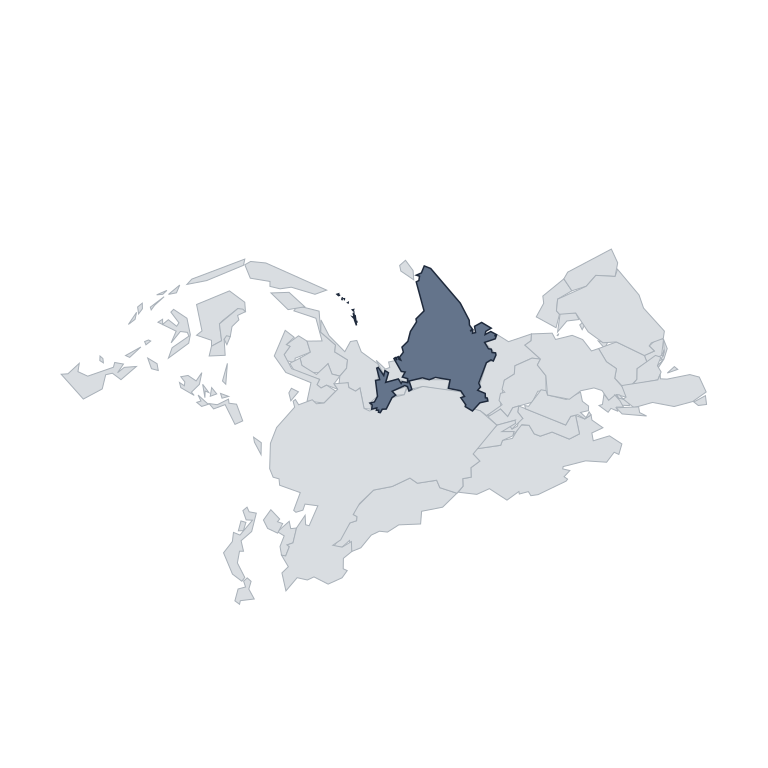 where India sits in Asia, rotated 159°
{"feature_id": "IND", "entity_name": "India", "entity_type": "country or territory", "adm_level": 0, "iso_a3": "IND", "parent_name": "Asia", "parent_adm1": "", "projection": "albers", "projection_center": [83.514, 21.122], "detail": "medium", "context": "in_parent", "style": "filled", "palette": "slate", "viewbox_px": 768, "rotation_deg": 159, "n_neighbors": 45, "source": "natural_earth", "source_scale": "50m", "svg_char_len": 14366}
<svg xmlns="http://www.w3.org/2000/svg" viewBox="0 0 768 768"><g transform="rotate(159 384 384)"><path d="M353.5,256.4L346.9,260.2L344.4,267.4L336.0,265.8L332.9,274.7L322.2,277.7L325.9,286.7L323.2,290.9L297.0,285.0L293.6,288.9L283.6,287.2L271.5,296.8L263.3,293.4L261.6,283.6L256.8,279.3L244.3,278.9L230.8,266.2L219.4,267.4L216.4,286.1L209.1,279.4L201.8,280.9L202.8,275.8L195.3,264.7L207.5,263.8L209.0,256.0L192.1,254.8L183.4,242.8L190.0,234.1L193.6,237.8L204.2,231.2L223.3,240.0L246.3,242.7L247.6,240.7L241.5,236.6L249.1,232.9L246.7,229.4L248.7,228.1L279.8,225.5L286.9,227.1L287.8,231.8L297.1,232.8L296.6,235.3L310.8,231.5L323.1,248.5L336.9,247.7L353.5,256.4Z" fill="#d9dde1" stroke="#a8b0b8" stroke-width="1"/><path d="M216.4,286.1L219.4,267.4L230.8,266.2L244.3,278.9L256.8,279.3L261.6,283.6L263.3,293.4L269.8,296.7L282.4,289.4L279.7,293.0L291.1,297.3L285.2,300.7L280.0,299.9L280.6,296.1L274.6,296.8L270.5,302.7L266.8,302.1L269.2,310.0L266.1,315.2L229.1,280.6L221.3,286.9L216.4,286.1Z" fill="#d9dde1" stroke="#a8b0b8" stroke-width="1"/><path d="M670.1,477.7L681.9,508.8L675.4,506.8L661.1,512.5L665.3,505.2L657.8,497.5L630.6,496.6L627.7,500.6L620.1,496.0L628.7,490.0L620.5,492.6L608.9,489.1L628.0,482.3L633.7,491.4L640.5,492.4L648.8,480.4L670.1,477.7ZM588.0,537.4L586.4,544.2L580.7,546.1L582.6,540.8L588.0,537.4ZM639.1,511.9L637.3,508.5L638.4,504.3L640.9,507.7L639.1,511.9ZM531.5,481.1L529.4,486.6L541.5,496.7L534.9,498.8L530.5,525.4L494.9,526.3L484.7,510.2L487.4,501.2L493.4,506.8L511.7,501.1L516.1,499.1L520.1,482.6L531.5,481.1ZM597.7,505.7L611.9,500.0L615.1,503.2L597.7,505.7ZM592.3,509.4L588.1,509.5L586.4,507.7L592.2,505.9L592.3,509.4ZM589.9,477.5L595.6,481.6L595.3,492.9L588.6,484.3L589.9,477.5ZM551.7,492.1L576.0,485.4L568.8,493.8L549.0,498.6L549.1,502.7L555.3,506.0L568.0,498.7L559.1,507.8L572.9,522.7L567.5,523.8L569.3,519.0L562.3,521.3L556.9,512.2L553.5,514.6L557.2,527.5L553.7,529.1L544.4,516.0L547.1,499.5L551.7,492.1ZM564.3,548.7L553.1,549.2L558.4,547.0L564.3,548.7ZM558.0,544.3L569.9,539.7L574.8,536.6L574.6,539.5L558.0,544.3ZM545.1,543.5L553.1,544.9L539.2,549.6L545.1,543.5ZM472.6,545.2L512.5,544.1L532.3,547.6L525.9,550.8L469.2,550.5L472.6,545.2ZM453.7,520.6L470.9,530.7L471.2,545.2L464.6,546.2L450.9,539.3L403.9,492.2L416.3,492.5L435.9,507.6L446.9,510.1L455.5,516.0L453.7,520.6Z" fill="#d9dde1" stroke="#a8b0b8" stroke-width="1"/><path d="M589.3,539.6L593.2,533.6L601.3,531.2L589.3,539.6Z" fill="#d9dde1" stroke="#a8b0b8" stroke-width="1"/><path d="M117.2,306.9L111.1,313.2L107.0,325.6L106.9,315.6L113.7,307.0L117.2,306.9Z" fill="#d9dde1" stroke="#a8b0b8" stroke-width="1"/><path d="M122.2,303.1L113.8,306.9L122.1,300.9L122.2,303.1Z" fill="#d9dde1" stroke="#a8b0b8" stroke-width="1"/><path d="M114.6,311.2L110.1,315.8L113.2,310.0L114.6,311.2Z" fill="#d9dde1" stroke="#a8b0b8" stroke-width="1"/><path d="M114.6,311.2L130.7,310.3L130.7,317.3L119.8,317.9L122.8,324.5L111.8,328.9L107.0,325.6L114.6,311.2Z" fill="#d9dde1" stroke="#a8b0b8" stroke-width="1"/><path d="M178.9,374.3L190.7,377.3L203.3,370.4L194.0,387.2L179.6,381.6L178.9,374.3Z" fill="#d9dde1" stroke="#a8b0b8" stroke-width="1"/><path d="M175.7,370.7L176.2,366.7L179.5,363.7L180.1,369.0L175.7,370.7Z" fill="#d9dde1" stroke="#a8b0b8" stroke-width="1"/><path d="M165.2,338.1L168.6,347.5L160.6,342.5L165.2,338.1Z" fill="#d9dde1" stroke="#a8b0b8" stroke-width="1"/><path d="M130.7,317.3L130.7,310.3L142.2,307.6L146.2,297.7L154.2,294.1L162.7,297.4L166.6,306.7L161.5,315.0L168.4,325.1L171.0,340.2L152.0,340.0L130.7,317.3Z" fill="#d9dde1" stroke="#a8b0b8" stroke-width="1"/><path d="M195.2,386.2L203.2,374.9L217.8,392.1L206.0,402.1L204.2,409.2L178.4,417.7L175.2,403.7L191.5,401.0L196.8,390.5L195.2,386.2ZM204.9,367.3L202.7,368.4L204.4,366.8L204.9,367.3Z" fill="#d9dde1" stroke="#a8b0b8" stroke-width="1"/><path d="M440.5,451.6L441.3,440.1L457.7,439.9L459.6,435.7L466.4,440.6L466.7,447.3L458.3,452.8L461.1,455.8L446.5,459.6L440.5,451.6Z" fill="#d9dde1" stroke="#a8b0b8" stroke-width="1"/><path d="M453.1,438.3L441.3,440.1L440.5,451.6L426.4,446.4L424.0,469.8L441.9,484.6L436.7,488.0L418.5,475.3L424.5,455.0L415.3,437.8L418.5,431.6L409.4,419.6L413.3,412.1L422.4,407.2L429.0,411.9L429.0,423.0L439.6,417.2L448.1,421.1L454.0,430.8L453.1,438.3Z" fill="#d9dde1" stroke="#a8b0b8" stroke-width="1"/><path d="M464.6,437.1L453.1,438.3L454.0,430.8L443.6,417.1L429.0,423.0L429.0,411.9L422.4,407.2L430.6,402.1L429.1,395.7L438.0,403.5L444.2,402.8L446.8,407.4L442.5,411.4L462.8,427.7L464.6,437.1Z" fill="#d9dde1" stroke="#a8b0b8" stroke-width="1"/><path d="M422.4,407.2L413.3,412.1L409.4,419.6L418.5,431.6L415.3,437.8L424.5,455.0L419.9,466.4L418.0,448.8L409.0,428.2L400.1,435.7L393.8,434.4L393.7,422.1L382.2,404.4L394.5,374.9L404.1,371.3L404.4,364.7L411.4,368.3L407.9,388.9L413.1,387.5L418.1,393.3L417.1,398.1L426.8,398.6L422.4,407.2Z" fill="#d9dde1" stroke="#a8b0b8" stroke-width="1"/><path d="M451.1,459.8L461.1,455.8L458.3,452.8L466.7,447.3L464.7,431.4L442.5,411.4L446.8,407.4L444.2,402.8L438.0,403.5L431.6,394.6L446.8,387.7L461.9,395.7L451.7,411.4L471.5,429.9L476.4,449.5L457.0,469.5L451.1,459.8Z" fill="#d9dde1" stroke="#a8b0b8" stroke-width="1"/><path d="M541.0,260.9L539.3,269.6L531.6,278.0L536.5,284.3L521.7,289.8L522.9,282.4L517.3,280.9L520.0,276.7L525.9,268.3L532.1,268.5L530.7,266.0L537.4,258.7L541.0,260.9Z" fill="#d9dde1" stroke="#a8b0b8" stroke-width="1"/><path d="M528.6,290.0L536.8,282.9L544.4,290.9L545.3,300.2L534.7,307.2L529.8,295.3L532.8,293.6L528.6,290.0Z" fill="#d9dde1" stroke="#a8b0b8" stroke-width="1"/><path d="M355.1,255.9L373.4,248.0L394.5,251.7L400.0,240.2L420.7,247.2L433.8,244.5L441.0,248.2L450.1,247.5L464.3,239.4L474.1,239.2L472.3,250.3L481.6,246.7L489.7,250.0L465.6,266.5L458.6,266.2L456.9,269.9L459.6,273.1L454.3,278.6L431.7,288.7L413.1,285.4L393.5,286.9L388.4,279.4L369.3,275.3L369.0,267.2L355.1,255.9Z" fill="#d9dde1" stroke="#a8b0b8" stroke-width="1"/><path d="M380.7,392.4L382.8,408.9L377.3,397.4L372.7,397.4L371.8,402.9L365.4,401.9L360.2,388.3L364.3,384.0L360.6,381.2L362.3,377.3L369.2,383.7L381.5,384.7L375.8,393.3L378.7,396.1L380.7,392.4Z" fill="#d9dde1" stroke="#a8b0b8" stroke-width="1"/><path d="M377.3,369.3L379.2,374.4L363.5,373.6L369.0,366.7L377.3,369.3Z" fill="#d9dde1" stroke="#a8b0b8" stroke-width="1"/><path d="M359.9,369.4L359.8,377.6L355.7,377.8L320.9,364.4L327.9,355.4L348.6,367.8L359.9,369.4Z" fill="#d9dde1" stroke="#a8b0b8" stroke-width="1"/><path d="M311.3,327.1L306.6,331.5L292.1,332.6L298.5,344.3L280.3,367.4L274.7,366.6L268.9,372.0L275.2,387.0L260.6,389.5L252.6,378.9L228.4,377.9L231.1,371.7L238.5,369.8L229.0,351.2L236.6,355.1L255.2,354.1L258.8,346.6L270.3,344.4L284.1,320.1L299.4,317.7L303.8,324.6L311.3,327.1Z" fill="#d9dde1" stroke="#a8b0b8" stroke-width="1"/><path d="M252.1,313.9L272.3,315.7L280.2,309.2L284.2,318.9L290.9,315.3L299.4,317.7L281.2,322.3L282.5,327.4L278.6,333.5L274.2,333.0L275.7,336.7L270.3,344.4L258.8,346.6L255.2,354.1L236.6,355.1L229.0,351.2L234.0,346.8L229.9,333.7L235.1,319.7L243.0,322.1L252.1,313.9Z" fill="#d9dde1" stroke="#a8b0b8" stroke-width="1"/><path d="M266.1,315.2L269.2,310.0L266.8,302.1L280.6,296.1L281.8,299.9L274.6,303.2L293.4,305.1L298.7,316.1L284.2,318.9L280.2,309.2L272.3,315.7L266.1,315.2Z" fill="#d9dde1" stroke="#a8b0b8" stroke-width="1"/><path d="M282.4,289.4L293.6,288.9L297.0,285.0L323.2,290.9L293.4,305.1L274.6,303.2L275.3,300.1L291.1,297.3L279.7,293.0L282.4,289.4Z" fill="#d9dde1" stroke="#a8b0b8" stroke-width="1"/><path d="M201.8,280.9L209.1,279.4L214.1,286.0L221.3,286.9L229.1,280.6L260.8,310.1L260.3,313.4L257.0,311.4L239.4,322.3L235.1,319.7L235.3,315.1L219.5,304.3L203.5,306.0L205.0,296.7L200.9,290.1L202.7,285.9L210.7,287.0L207.4,280.2L202.5,284.5L201.8,280.9Z" fill="#d9dde1" stroke="#a8b0b8" stroke-width="1"/><path d="M171.0,340.2L168.4,325.1L161.5,315.0L166.6,306.7L161.3,292.6L162.7,285.0L170.7,290.7L180.1,288.2L182.8,299.8L189.4,305.1L202.8,307.2L216.4,303.3L235.3,315.1L229.9,333.7L234.0,346.8L229.0,351.2L238.5,369.8L231.1,371.7L228.4,377.9L208.8,371.2L207.9,364.1L190.9,362.0L182.6,354.3L178.5,340.5L171.0,340.2Z" fill="#d9dde1" stroke="#a8b0b8" stroke-width="1"/><path d="M115.9,309.8L122.2,303.1L121.0,295.9L126.9,289.7L152.1,294.4L146.2,297.7L142.2,307.6L120.3,313.4L115.9,309.8Z" fill="#d9dde1" stroke="#a8b0b8" stroke-width="1"/><path d="M172.4,290.9L161.8,280.2L162.6,275.9L170.7,279.4L172.4,290.9Z" fill="#d9dde1" stroke="#a8b0b8" stroke-width="1"/><path d="M162.7,297.4L126.9,289.7L122.7,294.1L124.1,289.8L118.0,287.1L95.1,283.2L87.2,277.5L86.1,261.1L102.1,257.0L121.2,259.0L140.0,270.6L159.1,272.3L166.1,284.2L162.7,285.0L162.7,297.4ZM90.2,249.3L98.3,251.3L101.2,256.2L88.1,257.9L90.2,249.3Z" fill="#d9dde1" stroke="#a8b0b8" stroke-width="1"/><path d="M327.8,483.4L326.9,489.1L319.6,491.8L316.2,479.5L318.9,470.6L327.8,483.4Z" fill="#d9dde1" stroke="#a8b0b8" stroke-width="1"/><path d="M472.0,413.2L466.7,407.4L477.0,401.7L476.0,409.8L472.0,413.2ZM293.4,305.1L325.9,286.7L322.2,277.7L332.9,274.7L336.0,265.8L344.4,267.4L346.9,260.2L355.1,255.9L369.0,267.2L369.3,275.3L388.4,279.4L393.5,286.9L413.1,285.4L431.7,288.7L449.6,281.2L459.6,273.1L456.9,269.9L458.6,266.2L465.6,266.5L480.3,254.0L489.6,251.8L481.6,246.7L470.9,248.6L474.1,239.2L484.4,235.8L488.3,226.1L485.2,223.0L492.6,218.1L507.9,217.2L518.5,229.0L525.8,228.5L534.5,234.3L549.7,226.0L547.0,244.2L538.8,247.7L541.0,260.9L537.4,258.7L530.7,266.0L532.1,268.5L525.9,268.3L517.3,280.9L504.7,289.7L507.6,280.7L504.7,278.5L489.4,294.0L500.8,300.2L504.9,295.3L512.2,295.8L513.6,298.4L501.1,312.6L517.7,326.9L516.0,333.1L520.9,336.7L521.1,345.9L511.3,369.3L499.8,381.9L475.7,394.4L475.0,400.5L472.3,401.3L471.1,395.2L456.6,395.0L454.2,389.8L446.8,387.7L429.1,395.7L430.6,402.1L417.1,398.1L418.1,393.3L413.1,387.5L407.9,388.9L411.4,368.3L407.2,364.0L399.1,364.3L398.1,358.5L381.2,368.4L369.0,366.7L363.3,372.5L362.8,368.1L348.6,367.8L314.8,349.1L316.0,333.7L303.8,324.6L293.4,305.1Z" fill="#d9dde1" stroke="#a8b0b8" stroke-width="1"/><path d="M524.1,362.1L525.8,376.1L524.8,381.1L519.6,373.2L524.1,362.1Z" fill="#d9dde1" stroke="#a8b0b8" stroke-width="1"/><path d="M175.6,274.9L180.9,279.9L184.9,277.3L191.0,286.9L187.4,286.6L182.3,295.6L180.1,288.2L172.4,290.9L169.8,284.1L168.7,276.6L175.1,279.1L175.6,274.9ZM170.7,290.7L167.9,289.3L166.1,284.2L169.9,286.5L170.7,290.7Z" fill="#d9dde1" stroke="#a8b0b8" stroke-width="1"/><path d="M150.3,260.0L172.4,270.7L175.8,278.6L154.5,271.4L155.6,265.7L150.3,260.0Z" fill="#d9dde1" stroke="#a8b0b8" stroke-width="1"/><path d="M540.0,433.8L533.5,428.1L540.3,428.8L540.0,433.8ZM553.4,448.7L550.6,438.8L553.5,441.5L556.1,435.4L553.4,448.7ZM565.3,441.4L575.0,453.4L574.4,458.7L571.0,453.9L569.2,457.3L571.1,463.6L563.9,462.2L558.3,454.2L550.0,459.9L556.5,449.8L566.7,445.4L565.3,441.4ZM533.7,444.7L522.8,459.4L531.8,440.5L533.7,444.7ZM537.6,399.7L539.7,421.7L552.0,421.8L554.3,428.4L547.0,424.4L534.6,425.6L535.6,421.6L528.9,418.0L529.1,400.2L537.6,399.7ZM546.2,442.4L543.7,434.7L550.6,434.8L546.2,442.4ZM562.3,428.4L565.4,434.0L561.0,433.7L561.5,440.3L555.3,428.0L562.3,428.4Z" fill="#d9dde1" stroke="#a8b0b8" stroke-width="1"/><path d="M430.3,484.5L446.9,487.8L456.9,509.5L439.8,503.6L430.3,484.5ZM531.5,481.1L520.1,482.6L516.1,499.1L493.4,506.8L489.0,504.5L487.4,501.2L496.1,500.5L496.5,495.9L505.3,492.1L510.6,483.3L517.2,483.1L522.0,467.7L537.2,472.8L531.5,481.1Z" fill="#d9dde1" stroke="#a8b0b8" stroke-width="1"/><path d="M516.6,477.0L517.2,483.1L513.7,485.5L510.6,483.3L516.6,477.0Z" fill="#d9dde1" stroke="#a8b0b8" stroke-width="1"/><path d="M593.6,260.8L594.3,283.9L582.0,291.3L577.7,299.4L572.6,294.6L555.6,304.0L561.4,306.5L561.1,316.4L556.0,318.1L555.7,313.0L549.5,309.2L560.4,293.7L573.6,288.9L575.1,278.2L578.8,279.7L585.0,269.5L583.3,253.3L587.4,250.8L593.6,260.8ZM595.8,233.2L597.8,230.1L600.9,235.0L593.7,244.9L586.0,244.1L585.7,250.3L581.2,252.0L578.8,247.4L583.7,241.0L582.2,229.8L595.8,233.2ZM562.5,304.3L567.8,297.5L572.6,299.1L566.6,307.4L562.5,304.3Z" fill="#d9dde1" stroke="#a8b0b8" stroke-width="1"/><path d="M175.2,403.7L178.4,417.7L172.4,422.6L123.4,428.5L122.4,413.4L129.7,401.6L147.3,409.5L160.1,402.8L175.2,403.7Z" fill="#d9dde1" stroke="#a8b0b8" stroke-width="1"/><path d="M106.9,326.5L119.7,326.6L122.8,324.5L119.8,317.9L130.7,317.3L152.0,340.0L164.7,344.0L174.7,359.5L179.6,381.6L195.2,386.2L196.8,390.5L191.5,401.0L160.1,402.8L147.3,409.5L129.7,401.6L124.9,407.5L114.0,375.7L114.5,361.9L103.3,332.9L106.9,326.5Z" fill="#d9dde1" stroke="#a8b0b8" stroke-width="1"/><path d="M115.6,292.7L106.7,296.2L104.5,292.4L115.6,292.7Z" fill="#d9dde1" stroke="#a8b0b8" stroke-width="1"/><path d="M260.8,390.1L263.9,386.3L275.2,386.8L273.8,379.5L271.3,378.0L271.8,374.6L268.7,373.1L269.1,370.9L273.7,366.3L275.5,368.2L280.8,367.2L295.2,350.9L295.0,346.6L298.8,344.6L292.9,338.9L294.3,334.8L292.7,334.0L293.1,330.9L301.2,332.1L311.1,327.1L316.3,333.8L315.1,335.3L317.2,343.7L313.3,343.5L314.8,350.2L325.4,356.8L320.8,364.2L333.6,371.7L340.2,371.8L345.9,376.0L359.5,377.8L359.9,369.0L363.2,368.5L363.0,373.2L365.1,375.1L379.0,374.3L377.0,369.4L381.4,368.4L390.9,359.8L394.7,361.1L397.7,358.6L399.3,359.6L398.4,361.5L400.6,362.2L399.3,364.3L404.4,364.9L402.6,368.6L403.9,371.2L399.4,370.7L394.5,374.8L390.6,390.4L386.5,389.6L385.1,401.4L383.4,401.5L381.2,392.0L378.3,396.2L375.8,392.9L381.9,384.9L368.8,383.6L367.8,378.4L366.3,379.7L361.3,376.7L360.0,380.5L364.4,383.9L359.9,387.6L363.4,389.5L365.6,404.2L364.0,404.6L363.4,401.6L363.2,404.2L360.9,404.4L361.2,401.6L359.8,400.3L360.0,403.4L354.5,406.8L354.0,412.0L346.4,415.3L340.5,423.6L331.4,430.3L330.8,433.3L320.4,437.9L317.3,467.8L314.4,468.1L312.2,471.9L314.8,474.0L309.3,474.3L304.1,479.8L299.0,475.1L283.8,432.2L281.6,413.0L283.1,408.4L281.9,403.9L284.6,402.4L281.7,402.5L283.2,399.6L280.1,399.2L278.8,405.4L270.8,406.5L263.9,397.7L270.1,396.7L271.9,393.9L265.5,394.7L261.7,390.3L263.7,388.9L260.8,390.1ZM387.5,459.9L386.4,458.1L388.7,448.6L388.6,454.3L387.5,459.9ZM395.7,484.6L394.1,484.5L395.0,483.2L395.7,484.6ZM386.9,464.6L385.7,464.4L386.5,463.5L386.9,464.6ZM392.2,479.1L392.2,479.9L392.0,479.2L392.2,479.1ZM393.0,478.0L392.8,479.0L392.8,477.9L393.0,478.0ZM394.2,482.3L393.9,483.1L393.7,482.8L394.2,482.3ZM388.7,472.9L388.2,473.0L388.4,472.6L388.7,472.9ZM387.3,460.3L386.8,460.8L387.0,460.1L387.3,460.3ZM388.9,457.0L389.2,457.8L388.6,457.3L388.9,457.0ZM390.8,477.9L390.4,477.8L390.6,477.4L390.8,477.9ZM387.1,452.1L386.9,452.9L387.0,452.0L387.1,452.1Z" fill="#64748b" stroke="#1e293b" stroke-width="1.5"/></g></svg>